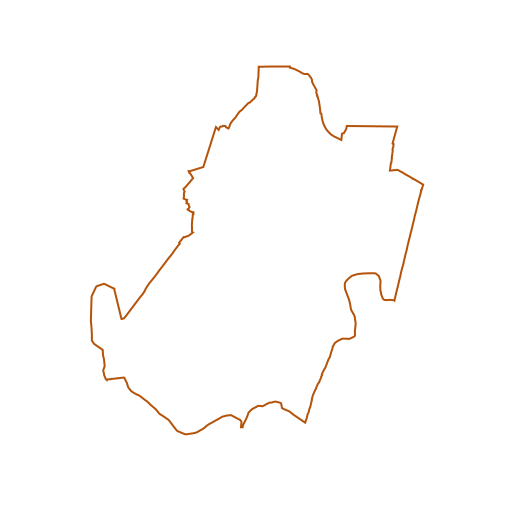 Koggenland, Noord-Holland, Netherlands (Natural Earth projection), rotated 287°
{"feature_id": "6326949B66554747402730", "entity_name": "Koggenland", "entity_type": "district", "adm_level": 2, "iso_a3": "NLD", "parent_name": "Netherlands", "parent_adm1": "Noord-Holland", "projection": "natural_earth1", "projection_center": [4.952, 52.648], "detail": "fine", "context": "isolated", "style": "outline", "palette": "amber", "viewbox_px": 512, "rotation_deg": 287, "n_neighbors": 0, "source": "geoboundaries", "source_scale": "gbopen_adm2", "svg_char_len": 6007}
<svg xmlns="http://www.w3.org/2000/svg" viewBox="0 0 512 512"><g transform="rotate(287 256 256)"><path d="M204.1,369.6L206.6,372.4L208.1,373.8L208.6,373.9L209.2,373.8L211.0,373.2L212.8,372.6L219.5,371.3L221.1,370.9L223.7,369.5L226.3,368.4L227.4,367.7L228.3,367.0L230.0,365.1L232.0,363.0L233.7,361.9L237.1,360.3L240.9,358.1L242.4,357.0L250.4,350.8L251.1,350.5L254.8,349.2L255.9,349.0L257.0,349.1L258.0,349.4L259.0,349.8L261.7,351.2L264.9,353.4L265.3,353.8L266.0,354.8L268.5,358.6L270.6,363.6L272.7,369.6L273.9,373.6L274.3,375.2L274.3,375.5L273.2,378.3L273.1,378.7L272.9,379.2L272.6,379.5L270.0,381.3L269.2,382.1L267.1,382.8L263.9,383.5L259.6,385.0L255.9,387.0L252.5,389.6L251.8,390.8L251.6,391.6L251.6,392.2L252.0,393.7L253.4,397.4L253.9,400.6L253.9,401.1L253.8,401.4L262.7,400.8L268.8,400.5L274.4,400.1L278.8,399.9L279.9,399.8L282.4,399.5L287.1,399.3L290.7,399.3L293.2,399.1L294.3,398.9L295.7,398.9L296.8,398.8L300.8,398.5L304.4,398.4L308.7,398.1L310.1,397.9L312.6,397.8L313.6,397.8L315.4,397.6L317.9,397.5L319.9,397.5L321.1,397.3L326.8,397.1L331.0,396.8L332.8,396.7L337.1,396.5L339.8,396.2L346.9,395.9L354.3,395.4L358.6,395.2L361.1,395.2L366.2,395.0L366.7,394.7L367.5,394.6L367.8,395.0L373.1,395.0L374.7,388.8L375.8,383.9L375.7,383.9L375.6,383.3L375.8,383.1L376.0,382.8L376.8,379.7L377.7,375.3L378.7,371.7L379.1,369.3L379.8,366.6L379.8,366.2L376.8,359.1L384.6,357.8L384.8,357.9L384.9,358.1L385.2,358.1L388.3,357.5L389.2,357.5L389.8,357.0L391.6,356.8L396.0,356.1L397.1,355.8L398.2,355.3L398.9,355.3L400.4,355.4L402.9,354.9L403.3,354.8L403.3,353.9L403.4,353.7L421.1,353.2L406.9,304.9L403.4,305.1L399.1,304.1L399.0,303.7L398.3,302.6L397.4,302.6L391.9,303.7L393.2,295.7L393.6,294.0L394.3,291.9L395.5,289.6L396.5,287.9L397.8,286.1L399.6,284.1L401.0,282.9L402.4,281.7L404.9,280.0L407.8,278.4L411.2,276.9L411.3,275.9L415.7,274.1L422.3,271.0L426.3,268.4L427.0,267.9L426.8,267.7L427.4,267.3L427.7,267.5L430.0,265.8L432.2,265.5L436.6,260.9L438.8,258.8L440.6,258.1L441.2,257.7L441.7,257.3L442.8,256.1L444.7,253.3L445.2,252.3L445.2,252.2L444.9,251.3L444.3,249.7L444.2,249.0L444.2,248.0L444.4,246.6L445.2,243.4L445.9,239.2L446.1,236.6L446.0,233.3L446.2,233.2L447.1,233.0L441.8,215.7L439.4,208.2L439.2,207.8L437.8,203.3L428.0,205.9L426.7,206.1L424.6,206.3L414.3,208.7L410.2,209.2L408.6,209.2L407.6,208.5L406.2,208.4L405.4,207.7L400.9,205.2L400.3,204.2L399.5,203.7L397.3,202.6L396.6,202.2L393.8,200.8L391.6,199.8L389.9,198.5L388.6,197.8L385.3,196.7L382.5,195.9L379.7,194.5L379.1,194.3L378.3,193.9L375.7,193.0L373.7,192.7L372.9,192.7L372.0,192.8L369.9,192.4L370.1,191.3L370.3,189.8L370.4,189.6L371.1,189.1L371.3,188.8L371.2,188.3L370.9,186.5L369.9,185.6L369.6,185.1L369.4,184.3L369.1,184.0L367.1,183.5L365.7,183.4L367.6,180.0L325.7,179.6L321.5,173.4L318.9,169.6L317.6,167.5L317.4,167.0L317.4,166.8L317.0,167.0L316.1,167.9L315.9,168.2L316.1,168.5L312.1,173.1L301.0,168.3L300.0,167.6L298.8,167.0L297.8,167.8L296.6,169.0L295.5,168.7L295.2,168.7L293.7,169.0L293.4,169.3L292.7,169.5L290.8,169.9L289.7,170.0L289.5,171.4L289.5,173.7L288.1,173.6L288.0,174.0L287.9,174.1L286.1,174.1L286.1,176.0L286.0,176.3L285.8,176.5L285.0,176.8L284.5,177.1L283.5,178.1L283.1,178.2L281.7,177.6L280.9,177.2L280.6,176.9L280.3,177.1L280.1,178.4L279.6,179.8L279.3,181.4L279.2,182.3L279.3,182.6L279.2,182.7L279.7,183.2L279.6,183.4L278.0,183.9L277.5,183.9L277.2,183.4L276.0,183.7L273.0,184.4L272.8,184.4L272.5,184.2L270.9,184.7L268.1,185.3L265.6,186.0L264.8,186.4L261.9,187.2L260.7,187.6L260.3,187.9L260.1,188.8L255.8,185.8L252.7,181.5L252.8,181.3L250.8,180.4L246.2,178.6L245.5,179.5L243.4,178.6L237.8,176.5L234.1,175.4L228.2,173.0L216.5,168.7L213.4,167.5L211.3,166.9L206.7,165.2L197.8,161.6L192.8,160.2L189.1,159.6L186.9,158.8L186.4,158.8L183.9,157.7L179.2,155.9L160.2,149.0L157.9,148.1L156.5,146.1L156.5,145.7L157.3,145.4L158.2,144.7L159.4,144.0L182.9,130.1L183.3,130.1L183.8,126.4L185.0,119.1L184.9,118.7L180.7,112.7L180.2,112.3L179.8,112.1L174.9,111.4L169.4,110.6L169.2,110.6L145.5,117.1L141.5,118.8L138.9,119.8L136.3,120.8L130.8,122.7L127.6,123.6L127.2,123.8L125.1,126.2L124.7,126.7L123.0,131.7L122.0,135.1L121.5,136.6L121.3,136.9L116.4,138.7L112.8,140.8L106.7,143.4L106.3,143.5L102.4,143.3L101.1,143.7L100.5,144.2L97.4,145.8L96.1,147.0L94.5,148.2L94.3,148.5L93.9,149.5L93.7,149.8L94.5,150.0L95.8,153.1L95.9,153.4L96.1,153.5L98.3,158.8L101.0,164.8L101.1,165.7L100.5,166.1L96.8,169.7L93.9,171.6L93.1,172.2L92.5,172.9L90.4,176.1L90.0,177.0L89.3,179.6L88.8,181.8L88.6,184.2L88.1,186.2L87.2,188.6L86.7,189.8L85.6,192.6L85.3,193.9L84.2,196.1L82.7,199.0L80.5,204.2L79.7,205.7L77.1,209.4L76.9,209.8L76.4,211.2L76.3,212.1L73.7,220.4L73.1,221.3L68.0,228.3L65.9,231.3L65.5,233.1L64.9,239.1L64.9,241.0L68.3,248.2L70.0,250.9L75.9,256.4L77.9,257.7L78.8,258.2L81.2,260.0L83.4,262.2L91.2,269.6L92.4,270.7L93.1,271.7L94.5,274.2L94.8,274.4L95.0,275.1L96.4,278.3L96.5,278.7L94.6,288.6L94.0,289.7L93.3,290.4L92.9,290.7L87.8,291.7L88.3,293.3L90.1,293.0L97.3,294.2L101.3,294.6L103.7,294.6L104.6,294.9L105.1,295.2L107.6,296.5L108.2,296.9L109.3,297.9L113.2,301.8L113.6,302.8L114.0,304.5L114.0,305.5L114.2,306.1L115.2,307.2L117.7,309.6L119.4,311.4L120.1,312.7L120.3,313.6L120.6,314.1L121.4,315.1L122.3,316.8L122.5,317.3L122.6,318.4L122.6,319.6L122.6,319.8L122.6,320.2L122.8,321.5L122.6,322.5L122.4,323.1L122.1,323.3L118.2,325.3L118.1,325.5L117.7,328.0L117.1,333.5L116.9,334.0L115.8,336.7L115.3,337.9L111.0,351.7L112.0,351.7L112.0,351.8L115.5,351.9L118.1,351.8L119.4,351.6L120.3,351.8L122.6,352.0L123.9,351.8L125.6,351.8L127.9,352.0L132.7,351.6L134.7,351.6L135.1,351.3L139.0,351.1L143.1,351.5L144.2,351.7L145.6,351.8L146.6,352.2L148.8,352.2L151.4,352.5L153.2,353.0L153.5,353.3L155.6,353.4L157.8,353.7L159.7,353.7L160.6,353.9L161.3,354.0L161.4,353.7L161.7,353.6L163.4,353.7L167.2,354.3L169.7,355.0L170.3,355.0L178.0,355.5L181.3,356.2L183.1,356.1L186.8,356.1L187.6,356.0L189.8,356.2L190.5,356.1L191.1,355.9L191.6,355.9L193.1,356.3L194.3,356.4L196.1,357.0L199.3,359.5L200.5,361.0L201.6,361.9L202.5,363.6L204.1,369.6Z" fill="none" stroke="#b45309" stroke-width="2"/></g></svg>